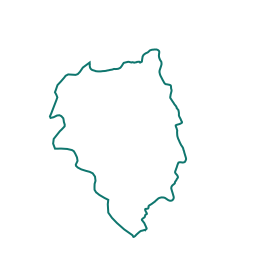 Az-Zabdani, Rif Dimashq, Syria (Robinson projection), rotated 132°
{"feature_id": "27442178B59833257068654", "entity_name": "Az-Zabdani", "entity_type": "district", "adm_level": 2, "iso_a3": "SYR", "parent_name": "Syria", "parent_adm1": "Rif Dimashq", "projection": "robinson", "projection_center": [36.084, 33.702], "detail": "fine", "context": "isolated", "style": "outline", "palette": "teal", "viewbox_px": 256, "rotation_deg": 132, "n_neighbors": 0, "source": "geoboundaries", "source_scale": "gbopen_adm2", "svg_char_len": 5445}
<svg xmlns="http://www.w3.org/2000/svg" viewBox="0 0 256 256"><g transform="rotate(132 128 128)"><path d="M192.2,168.4L188.7,164.6L188.2,164.1L184.3,159.2L181.9,154.9L181.5,152.8L182.3,150.2L184.0,146.2L186.2,143.5L190.1,142.3L190.9,141.4L191.0,138.9L190.0,135.0L188.0,130.6L186.2,127.1L185.3,123.9L186.2,120.0L189.0,116.8L191.9,115.4L194.4,113.3L196.3,111.5L196.6,110.5L197.2,108.5L197.1,108.2L196.9,104.5L195.7,98.6L194.6,94.6L198.2,92.0L204.1,86.0L205.5,79.8L206.0,72.7L205.9,63.0L204.7,53.0L205.3,51.1L204.9,50.8L204.7,50.7L203.6,50.4L203.2,50.4L202.9,50.4L202.5,50.4L201.7,50.4L199.8,50.2L198.0,50.0L197.4,49.9L196.8,49.8L196.1,49.6L195.8,49.5L194.7,48.7L193.4,47.9L192.7,47.5L192.7,47.4L192.5,46.8L192.1,46.9L191.6,46.9L191.0,46.7L190.8,46.8L190.4,46.8L190.0,47.1L189.5,48.4L189.3,48.7L189.0,49.4L188.6,50.4L188.0,51.7L187.7,52.4L187.6,53.2L187.3,54.7L187.2,55.3L187.2,55.8L186.8,56.4L186.4,56.5L185.7,56.5L184.6,56.3L183.5,56.0L183.1,56.0L182.7,56.1L182.2,56.4L181.8,56.6L181.3,56.8L181.2,56.9L180.4,56.9L180.0,56.7L179.4,56.5L179.2,56.5L178.9,56.8L178.5,57.7L178.5,57.8L178.2,58.8L177.7,59.9L177.5,60.3L177.0,60.8L176.8,60.9L176.5,60.9L176.3,60.7L176.1,60.5L175.7,60.1L174.8,59.5L174.3,59.2L173.6,59.4L173.4,59.5L172.8,60.0L172.4,60.4L171.7,60.4L171.2,60.4L169.7,59.9L167.8,59.4L167.0,59.3L166.8,59.2L165.8,59.0L165.0,58.9L164.9,58.8L162.0,58.6L161.9,58.5L160.7,58.4L160.0,58.3L159.2,58.0L158.2,57.4L157.1,56.6L155.9,55.1L155.4,54.2L155.2,53.6L155.0,52.3L154.8,50.8L154.7,50.1L154.6,49.7L154.5,49.4L154.2,48.6L154.0,48.2L153.4,47.5L152.7,47.0L152.0,46.7L151.4,46.7L150.7,46.7L149.6,47.1L148.8,47.7L148.0,48.9L146.5,51.3L146.2,51.8L145.2,53.5L144.5,54.6L143.9,55.5L142.9,56.2L142.0,56.5L141.2,56.6L140.0,56.5L139.0,56.3L138.1,56.2L137.8,56.2L137.0,56.8L136.3,57.0L135.5,57.1L134.8,57.1L134.5,57.2L134.1,57.3L133.5,57.5L132.7,57.6L132.3,57.6L131.8,57.7L131.2,57.9L130.8,58.4L130.7,58.6L130.5,59.1L130.3,59.5L130.1,60.5L129.9,62.2L129.7,62.8L129.4,63.4L128.6,63.9L126.5,64.7L126.4,64.8L124.8,65.4L123.5,66.0L122.9,66.3L122.4,66.5L120.8,67.1L120.0,67.2L119.9,67.3L119.4,67.1L119.0,66.8L118.9,66.7L118.5,66.2L118.2,65.9L117.6,65.0L117.2,64.4L116.7,63.9L116.0,63.4L115.2,63.1L114.7,63.1L114.4,63.2L113.8,63.4L113.1,63.6L112.4,63.9L111.7,64.6L111.0,65.7L108.4,70.0L107.7,70.9L107.2,72.0L106.1,73.6L105.5,75.4L105.2,76.9L104.0,80.0L103.5,81.0L103.0,82.1L102.6,83.1L102.2,83.9L101.8,84.6L101.0,85.9L100.1,86.9L98.9,88.1L98.1,88.9L97.5,89.3L97.1,89.6L96.9,89.8L96.5,90.5L95.7,91.7L95.3,92.6L95.0,93.1L94.8,93.5L94.5,94.0L94.1,94.3L93.7,94.2L93.2,94.0L92.7,93.7L92.1,93.3L91.7,93.1L90.7,92.4L89.5,91.9L88.8,91.7L88.6,91.6L87.9,91.5L87.6,91.7L87.3,92.1L87.0,93.1L86.7,93.8L86.2,94.8L85.8,95.8L85.4,97.0L85.0,97.9L84.6,98.5L84.3,98.9L83.4,99.6L82.7,100.3L81.8,101.4L81.6,101.7L81.0,102.5L80.6,105.2L80.2,105.5L79.9,106.4L79.6,107.3L79.5,108.2L79.4,108.9L79.3,109.5L78.9,110.7L78.4,112.8L78.1,113.9L77.8,115.0L77.6,115.8L77.4,116.6L77.0,117.1L76.5,117.5L75.6,118.0L75.1,118.4L74.6,118.7L72.9,119.6L72.1,120.0L71.4,120.4L71.0,120.7L70.4,121.4L70.2,121.7L70.0,122.1L69.6,122.6L69.2,123.0L68.4,123.8L67.9,124.5L67.8,125.0L68.1,126.0L68.5,126.6L69.0,127.5L69.9,128.9L70.2,129.3L70.3,129.8L70.3,130.6L70.1,131.6L69.7,132.6L69.0,134.7L68.3,136.5L68.0,137.3L67.6,138.4L67.1,139.5L66.8,140.0L66.6,140.4L66.2,140.9L65.6,141.8L65.3,142.1L65.2,142.1L64.6,142.7L63.7,143.2L62.3,143.8L61.6,144.1L60.7,144.5L60.0,144.8L59.4,145.1L58.4,145.6L57.9,146.0L57.6,146.3L57.1,146.8L56.5,147.6L56.3,148.3L56.2,148.8L56.0,149.5L55.8,150.1L55.3,151.0L55.1,151.5L54.5,152.4L53.8,153.2L53.7,153.3L53.4,153.6L52.9,153.9L52.1,154.6L51.8,154.7L51.5,154.9L51.3,155.1L51.1,155.2L50.5,155.7L50.1,156.3L50.0,156.8L50.0,157.5L50.1,158.2L50.3,158.7L50.7,159.5L51.3,160.1L51.6,160.5L52.2,161.1L52.5,161.3L53.0,161.8L53.3,162.1L53.9,162.6L54.2,162.8L55.1,163.3L55.6,163.6L56.3,163.7L56.7,163.7L57.8,163.8L58.0,163.8L58.5,163.9L59.1,164.1L59.5,164.3L60.3,164.7L61.1,164.9L61.6,165.1L62.3,165.2L63.1,165.3L63.7,165.3L64.3,165.1L65.0,165.0L65.3,164.8L65.8,164.5L66.4,164.1L67.4,163.5L67.9,163.1L69.0,162.4L69.4,162.1L69.8,162.2L70.3,162.4L71.2,162.7L71.3,162.8L71.1,163.4L71.2,163.9L71.6,164.4L72.0,164.7L72.4,165.1L72.8,165.5L73.8,165.9L74.0,166.1L74.4,166.5L75.3,167.1L75.6,167.8L75.9,168.4L76.3,168.9L76.8,169.1L77.1,169.4L77.2,169.6L77.4,170.0L77.7,170.5L78.2,171.5L78.7,172.2L79.5,172.7L80.0,173.1L82.4,174.7L83.0,174.7L83.5,174.6L84.2,174.5L85.2,174.3L86.3,174.1L86.8,174.1L87.0,174.1L87.4,174.0L88.2,174.0L88.7,174.1L89.6,174.5L90.0,174.6L90.8,175.1L91.1,175.4L91.7,175.9L92.2,176.4L92.8,177.0L93.3,177.7L93.6,178.0L94.6,178.5L95.4,179.0L96.6,180.0L97.9,180.9L98.3,181.2L99.3,182.0L100.4,182.7L100.7,183.0L101.5,183.7L102.3,184.5L102.8,185.0L103.9,185.9L104.8,186.8L105.7,187.8L106.1,188.3L107.0,189.5L107.4,190.1L107.6,190.8L108.2,192.1L108.7,193.1L108.9,193.6L108.9,194.1L109.0,194.7L108.9,195.5L108.6,196.4L108.3,196.9L108.0,197.3L107.6,197.8L107.0,198.5L106.6,198.8L106.2,199.0L106.0,199.3L105.6,199.7L105.0,200.3L113.3,202.0L118.4,201.3L121.6,201.4L123.6,202.5L126.3,205.9L128.2,208.3L130.9,209.3L133.3,209.1L138.3,209.0L143.3,209.1L148.0,207.1L150.3,206.2L151.2,203.6L152.5,201.0L153.5,200.6L154.9,200.0L157.0,199.2L168.5,194.8L171.6,193.8L172.3,192.3L169.8,190.5L166.2,189.1L164.4,187.5L163.8,185.5L164.1,182.6L165.2,181.1L166.4,179.7L167.8,177.3L169.2,176.2L173.6,176.3L176.0,176.5L185.8,175.9L189.7,173.2L192.2,168.4Z" fill="none" stroke="#0f766e" stroke-width="2"/></g></svg>